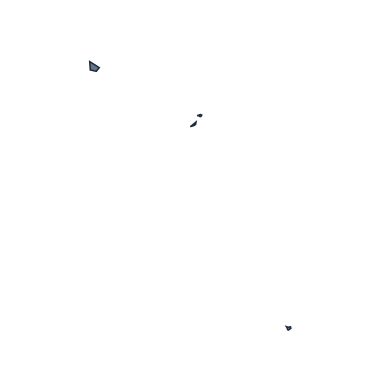 map outline of Alifu Alifu (Equal Earth projection), rotated 300°
{"feature_id": "MDV-5231", "entity_name": "Alifu Alifu", "entity_type": "Atoll", "adm_level": 1, "iso_a3": "MDV", "parent_name": "Maldives", "parent_adm1": "", "projection": "equal_earth", "projection_center": [72.863, 4.217], "detail": "fine", "context": "isolated", "style": "filled", "palette": "slate", "viewbox_px": 384, "rotation_deg": 300, "n_neighbors": 0, "source": "natural_earth", "source_scale": "10m", "svg_char_len": 588}
<svg xmlns="http://www.w3.org/2000/svg" viewBox="0 0 384 384"><g transform="rotate(300 192 192)"><path d="M253.8,38.2L253.3,49.5L249.6,48.9L248.7,48.8L246.8,42.9L253.8,38.2ZM122.6,341.0L122.9,342.7L123.4,343.4L123.9,343.9L124.2,344.4L124.5,344.7L124.4,344.8L123.4,345.8L120.7,344.6L120.5,343.8L120.5,343.7L121.6,342.7L122.6,341.0ZM247.7,157.9L254.7,160.5L252.5,161.3L252.4,161.3L250.8,160.7L247.7,157.9ZM260.8,158.2L260.9,158.3L261.8,159.4L262.8,160.0L263.4,160.7L263.5,162.0L261.8,162.0L261.3,161.2L261.3,159.8L260.8,158.2Z" fill="#64748b" stroke="#1e293b" stroke-width="1.5"/></g></svg>